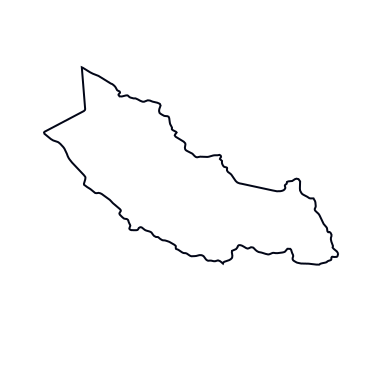 the border of Puno, rotated 299°
{"feature_id": "PER-573", "entity_name": "Puno", "entity_type": "Department", "adm_level": 1, "iso_a3": "PER", "parent_name": "Peru", "parent_adm1": "", "projection": "equal_earth", "projection_center": [-69.98, -15.156], "detail": "fine", "context": "isolated", "style": "outline", "palette": "ink", "viewbox_px": 384, "rotation_deg": 299, "n_neighbors": 0, "source": "natural_earth", "source_scale": "10m", "svg_char_len": 4956}
<svg xmlns="http://www.w3.org/2000/svg" viewBox="0 0 384 384"><g transform="rotate(299 192 192)"><path d="M247.6,35.2L247.7,36.3L247.3,45.0L247.4,48.0L248.2,53.9L247.5,68.3L247.7,70.0L247.4,71.9L246.9,73.6L246.4,74.6L245.3,76.3L244.8,77.1L244.7,78.1L244.8,79.1L244.8,79.9L244.3,80.7L243.7,80.9L242.0,80.5L241.3,80.6L240.5,82.3L241.6,84.4L244.6,87.6L245.2,88.7L245.2,89.5L244.9,90.4L244.7,91.6L244.8,92.6L245.5,95.4L246.5,97.3L246.7,99.8L246.7,102.5L247.0,104.9L247.7,106.3L250.7,108.8L251.2,109.9L251.6,111.0L251.9,113.6L253.3,118.5L253.5,121.1L252.4,122.6L248.7,123.2L246.9,123.9L245.5,125.2L245.2,126.4L245.1,127.9L245.1,130.7L245.6,132.1L246.3,133.5L246.5,135.0L245.5,136.3L241.9,139.0L240.8,140.0L238.6,143.3L238.2,143.5L237.3,143.8L237.0,144.2L236.8,145.5L236.9,148.9L236.6,149.7L235.4,149.6L234.2,149.3L233.1,149.5L232.4,150.9L232.0,160.4L231.3,162.5L230.4,163.2L227.3,164.3L226.1,165.3L225.6,166.3L225.5,167.5L225.7,173.6L225.6,174.1L224.7,176.9L224.5,178.3L224.8,179.6L226.0,181.0L226.9,182.1L230.1,188.4L231.0,189.6L234.2,192.8L235.1,194.0L236.5,196.5L237.8,198.1L237.7,199.5L236.8,200.4L235.5,200.3L234.4,200.4L233.7,203.2L231.9,204.1L230.8,205.3L229.9,206.8L229.6,208.0L230.2,210.2L230.2,210.8L229.8,211.2L228.3,211.8L227.8,212.2L227.0,213.6L226.8,215.0L226.6,216.5L226.3,217.9L222.8,224.9L222.3,227.1L222.6,229.4L223.3,231.5L225.6,239.1L227.9,246.7L230.2,254.3L232.5,261.9L233.8,265.9L235.7,269.1L236.7,270.2L237.9,271.2L239.2,271.7L240.6,271.7L241.2,271.4L242.3,270.3L242.9,270.0L243.5,270.1L245.2,270.8L246.8,270.2L248.0,271.1L250.2,274.3L253.1,275.8L254.3,276.9L254.9,278.9L253.7,281.4L247.5,284.6L245.7,285.8L244.2,288.1L243.7,289.4L243.6,290.9L243.7,295.2L243.5,297.5L243.8,298.7L245.3,301.4L244.6,302.5L243.7,304.0L242.8,304.9L239.6,307.1L238.6,307.4L236.6,307.6L235.7,308.3L235.2,309.4L234.2,313.4L233.4,314.9L227.9,322.6L226.4,326.6L225.8,327.6L223.4,329.4L223.1,329.9L222.9,330.6L223.1,331.0L223.5,331.3L223.7,331.7L223.5,332.9L222.3,334.7L220.9,335.4L219.3,335.7L217.8,336.5L216.1,338.0L213.1,341.5L212.8,341.6L211.9,341.8L211.6,341.9L211.0,343.5L210.2,347.6L209.2,349.4L209.4,349.5L209.2,349.5L208.6,349.8L206.7,350.3L206.3,350.3L206.0,350.3L205.6,350.1L205.2,349.7L204.3,348.2L204.0,347.7L203.5,346.3L203.3,346.0L203.0,345.8L202.5,345.8L202.1,345.8L201.8,345.9L201.5,346.1L200.6,346.5L200.3,346.5L200.0,346.5L199.5,346.2L197.9,344.7L197.3,344.3L196.8,344.0L196.6,344.0L196.1,343.8L195.8,343.7L194.7,342.6L192.8,340.4L191.6,339.2L191.4,339.0L191.2,338.9L190.5,338.7L190.1,338.4L188.9,336.2L185.9,328.9L182.3,322.0L181.3,318.7L181.1,317.8L181.1,316.7L181.1,316.1L181.2,314.1L181.4,313.5L181.8,312.8L182.5,312.3L183.1,312.0L184.7,311.7L185.3,311.4L185.9,310.9L187.3,309.0L189.5,306.7L189.9,305.5L188.6,303.0L185.2,302.3L184.6,302.1L183.8,301.4L182.9,300.4L180.1,296.6L179.1,294.8L178.4,293.0L178.0,292.3L177.4,291.7L175.1,289.9L174.3,288.9L173.6,286.5L172.7,282.1L171.8,279.3L171.8,278.7L171.8,277.3L172.1,275.7L172.9,273.1L173.0,272.3L172.7,271.4L172.3,270.4L170.1,268.8L169.4,267.9L169.2,266.4L169.3,264.0L169.3,261.8L169.1,260.7L168.8,259.7L168.2,258.8L167.4,258.4L166.3,258.4L165.5,258.6L163.4,258.2L159.9,255.5L158.2,256.3L157.6,256.9L156.7,257.5L156.0,258.1L154.4,258.8L153.4,258.9L151.9,258.4L150.5,257.6L147.4,254.8L147.3,254.7L146.8,254.2L145.6,253.6L144.4,253.8L144.9,251.5L145.1,249.8L144.8,247.9L142.6,245.7L142.0,244.5L141.2,241.8L140.7,240.9L140.2,240.2L139.8,239.6L139.6,238.9L139.6,238.0L139.7,237.5L139.8,236.9L141.3,233.7L141.5,233.0L141.5,232.1L141.4,231.1L140.8,229.8L140.4,229.1L138.1,226.7L137.4,225.7L135.6,222.8L135.4,222.0L135.3,221.0L135.5,218.6L135.6,217.7L135.6,217.2L135.5,216.5L135.2,215.5L134.8,214.9L134.5,214.0L134.4,212.8L134.8,208.0L134.5,205.6L135.2,204.9L135.6,204.7L136.4,204.3L136.8,204.1L137.1,203.3L137.3,202.2L137.4,196.4L137.0,193.9L136.6,192.1L136.1,190.8L135.7,190.1L135.5,189.3L135.5,188.3L135.6,186.7L135.8,185.7L136.1,184.5L136.0,184.3L136.0,183.9L135.2,182.3L135.2,180.1L135.7,178.7L136.9,176.2L137.0,175.1L136.8,173.7L136.2,171.2L136.0,170.0L136.0,168.9L136.6,165.5L136.5,164.6L136.1,163.8L134.9,163.0L134.1,162.9L133.4,163.0L132.9,162.9L132.3,162.6L131.8,162.1L130.9,160.6L129.6,158.1L129.3,157.5L129.1,156.7L129.1,156.1L129.5,155.0L130.5,154.7L132.0,154.5L132.6,154.4L133.1,153.9L133.6,153.2L134.3,152.2L135.3,150.9L135.7,150.6L136.3,149.9L136.6,149.4L136.7,148.7L136.7,147.9L136.1,146.5L135.8,145.3L136.2,143.2L137.2,139.8L137.7,139.2L138.2,138.8L141.0,138.9L141.6,138.4L141.8,138.0L142.1,137.3L143.9,128.2L144.8,125.5L145.3,123.8L146.5,114.0L146.4,112.3L145.9,110.6L145.2,109.8L144.6,108.9L144.2,107.8L145.3,101.7L145.5,97.9L146.0,94.1L146.8,93.5L151.3,92.5L152.8,91.9L153.5,91.3L154.4,89.2L159.6,72.8L161.2,69.0L162.0,67.5L163.2,65.8L164.7,64.1L168.0,59.5L168.8,57.9L170.2,53.7L170.6,51.7L170.7,50.9L170.6,50.0L169.8,45.6L169.9,42.9L171.4,34.7L172.4,33.7L173.3,33.9L210.4,58.2L211.9,58.6L212.8,58.3L247.6,35.2L247.6,35.2Z" fill="none" stroke="#020617" stroke-width="2"/></g></svg>